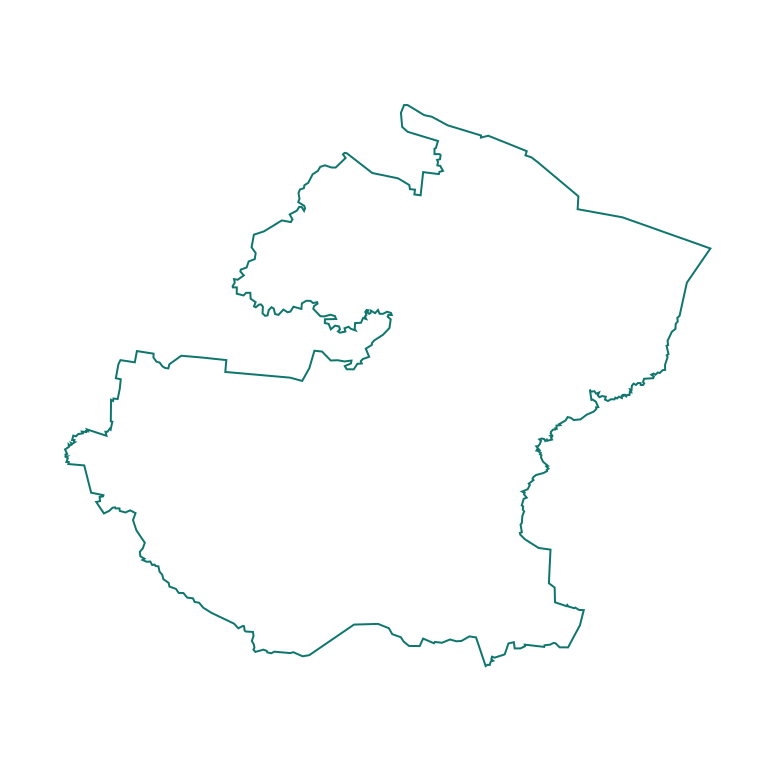 the district of Cotabato, Cotabato, Philippines, rotated 96°
{"feature_id": "2640588B30235147478886", "entity_name": "Cotabato", "entity_type": "district", "adm_level": 2, "iso_a3": "PHL", "parent_name": "Philippines", "parent_adm1": "Cotabato", "projection": "natural_earth1", "projection_center": [124.836, 7.183], "detail": "fine", "context": "isolated", "style": "outline", "palette": "teal", "viewbox_px": 768, "rotation_deg": 96, "n_neighbors": 0, "source": "geoboundaries", "source_scale": "gbopen_adm2", "svg_char_len": 6159}
<svg xmlns="http://www.w3.org/2000/svg" viewBox="0 0 768 768"><g transform="rotate(96 384 384)"><path d="M375.2,153.2L373.4,152.5L374.0,150.8L372.1,149.1L373.1,146.0L370.8,146.3L370.8,144.7L369.8,145.0L369.5,143.2L371.0,141.8L369.4,140.9L369.3,138.7L366.2,138.7L366.4,137.3L363.7,138.7L364.1,137.2L359.9,137.3L357.5,135.8L358.6,133.3L356.5,131.6L356.3,128.9L358.1,128.6L358.0,126.3L356.2,125.3L354.8,126.6L351.6,125.9L350.1,116.9L348.4,116.4L346.8,119.1L345.5,117.0L346.4,115.0L344.0,113.0L344.2,110.9L341.1,108.3L340.6,105.9L335.6,106.5L327.7,104.8L325.9,105.8L324.6,104.2L316.4,107.0L315.6,105.5L311.4,106.5L302.0,103.2L298.7,99.9L293.8,100.2L291.0,98.4L287.6,99.2L285.4,97.2L251.6,93.4L215.1,73.6L193.3,164.3L189.9,209.7L177.0,210.3L147.6,253.9L143.2,261.0L141.8,267.2L137.5,266.4L126.2,306.2L128.8,313.4L126.7,313.5L120.1,347.7L113.2,364.4L112.4,372.2L104.1,389.7L104.5,393.2L112.6,395.5L126.4,392.8L130.7,386.9L136.7,355.7L144.0,357.1L144.7,358.4L150.1,357.8L149.6,352.7L150.5,351.6L154.6,351.8L155.6,354.6L157.5,353.5L161.0,353.8L161.2,350.9L165.9,347.6L167.2,351.0L169.5,351.4L169.2,367.2L192.5,367.3L192.3,373.6L187.5,373.5L187.5,378.6L183.5,379.6L178.0,391.5L175.4,417.7L158.4,445.1L158.3,447.5L160.0,448.8L163.2,445.8L173.8,454.7L174.2,458.8L172.7,465.6L174.7,470.1L178.9,472.0L182.9,476.9L191.9,480.4L194.6,483.9L197.7,484.2L199.3,487.9L203.0,489.0L208.6,487.4L212.1,488.3L215.1,482.0L217.6,480.9L220.2,481.6L216.5,484.5L216.7,486.8L220.7,488.8L225.2,495.5L229.9,492.2L232.7,493.6L232.0,502.7L244.8,519.4L249.1,529.0L261.9,530.0L267.2,525.3L273.3,525.6L276.3,531.4L282.5,532.8L285.2,538.4L287.2,538.6L290.6,534.8L295.6,540.4L295.4,544.1L298.8,543.0L302.6,544.8L303.7,544.4L303.3,540.5L309.6,539.9L310.6,532.9L307.7,530.7L307.3,526.5L313.2,525.5L316.0,520.2L320.4,521.4L321.1,519.5L318.1,516.6L317.7,514.6L319.8,512.5L326.4,512.2L328.6,509.4L328.0,507.0L322.6,506.4L319.4,503.9L320.5,501.6L325.8,499.6L326.3,496.2L320.5,491.8L322.7,487.4L321.8,484.7L316.6,482.1L318.0,474.0L312.4,474.1L309.4,470.0L309.0,465.8L310.9,463.0L309.6,459.1L311.1,458.5L313.7,461.7L316.6,462.2L323.2,454.4L323.1,450.8L320.7,444.4L321.6,439.9L324.4,438.4L325.8,449.5L329.6,449.2L330.0,445.3L335.2,442.6L331.1,438.8L331.5,434.7L334.3,433.5L336.5,435.3L337.6,433.3L335.9,427.9L332.7,429.1L330.8,425.3L332.6,422.7L333.7,417.9L332.4,418.9L326.4,419.1L325.5,413.3L320.5,411.7L321.2,408.5L318.8,410.0L317.2,408.7L314.3,410.2L312.2,409.0L312.3,407.3L314.5,408.2L315.7,406.1L314.9,404.9L312.4,404.7L314.5,400.3L311.0,397.7L314.6,395.7L314.3,392.3L311.8,388.5L312.6,384.5L314.6,383.5L314.8,386.8L316.6,387.4L319.0,384.1L327.7,384.4L335.1,390.1L341.7,398.3L344.6,400.3L346.4,400.2L350.8,405.8L358.5,401.6L361.4,407.7L363.7,409.5L365.9,408.3L366.7,412.6L372.6,415.6L373.2,422.6L370.3,424.9L367.0,419.0L364.1,418.8L365.7,425.7L365.2,432.6L366.2,439.4L358.2,449.0L358.2,456.7L376.0,459.9L389.5,465.7L387.5,478.1L388.6,543.1L376.7,543.3L376.7,568.1L377.1,588.6L386.8,599.5L391.0,600.1L391.0,603.1L389.7,606.1L386.2,609.3L385.5,612.7L381.7,616.1L377.9,616.3L377.1,633.2L388.5,634.1L387.8,648.6L392.1,650.2L406.3,651.3L406.8,646.3L416.5,646.3L426.8,647.3L426.7,651.5L429.2,651.7L428.3,653.8L449.7,651.8L449.9,650.2L457.9,651.1L457.1,652.0L460.4,654.0L460.6,656.0L464.5,654.6L460.2,674.7L462.0,673.6L461.9,675.5L462.9,675.3L462.9,679.5L464.6,678.4L465.7,682.9L468.2,684.8L467.8,687.6L472.3,688.3L472.1,686.0L474.1,686.4L474.2,685.4L476.1,687.8L475.5,689.0L476.9,688.3L478.0,689.9L477.0,691.3L479.6,690.9L482.4,694.4L486.7,691.8L487.4,693.4L489.2,693.0L489.1,691.8L489.8,692.8L490.9,690.7L494.7,691.7L494.5,689.4L496.6,689.6L496.3,673.6L522.7,663.9L523.9,651.4L525.1,651.6L526.0,655.0L530.2,654.2L531.4,657.9L542.0,649.0L538.9,644.0L535.4,641.0L534.8,638.6L535.8,637.9L535.4,634.1L537.8,633.5L538.8,627.8L536.2,623.2L538.4,617.6L545.5,619.4L549.6,617.6L555.5,614.9L566.9,605.3L572.7,606.7L576.4,609.3L580.8,608.3L582.8,604.0L584.2,605.8L585.6,601.4L585.0,597.9L588.3,595.6L587.6,593.2L588.9,592.1L588.9,589.3L594.1,587.6L596.9,584.6L601.2,583.0L604.3,577.4L607.9,576.2L609.5,569.5L613.2,566.4L612.9,561.6L617.0,557.4L617.1,551.6L620.6,549.5L620.8,545.1L625.3,540.5L629.7,531.5L638.0,508.1L642.2,503.3L639.3,499.0L639.6,497.8L643.8,496.9L644.6,495.6L644.3,488.4L648.1,487.4L653.4,488.6L656.5,486.3L659.8,485.3L661.8,486.1L663.9,483.9L660.8,476.2L661.7,472.7L663.1,472.0L663.6,468.1L661.7,465.1L661.4,449.0L660.2,446.2L663.3,436.5L661.5,430.0L626.4,388.7L623.2,364.8L626.4,353.6L631.9,349.7L634.1,340.8L638.1,337.5L641.9,331.8L640.9,321.1L633.1,318.5L636.6,307.2L635.2,306.4L635.3,299.3L631.2,291.7L632.3,285.1L631.5,280.2L626.1,272.7L626.4,266.0L653.9,253.4L652.4,251.7L652.4,249.5L648.7,248.8L647.8,246.5L646.4,248.5L643.9,248.1L644.6,245.4L640.3,235.7L629.0,233.1L627.2,227.9L633.3,226.4L632.7,220.7L630.1,216.4L628.5,216.8L628.7,197.2L627.1,197.1L625.9,191.6L623.7,188.2L624.0,186.2L627.5,181.8L626.7,173.4L603.4,163.9L588.0,161.7L588.3,166.4L586.4,170.4L587.1,171.3L586.0,177.3L584.6,178.6L585.9,179.1L583.2,191.1L568.6,193.0L564.9,199.2L531.3,201.1L530.9,213.1L523.6,227.8L519.5,232.8L517.9,233.3L517.0,231.4L509.5,233.5L507.8,232.4L500.8,232.6L496.1,231.3L494.3,232.9L491.2,232.8L490.4,234.3L483.6,233.1L482.1,230.2L479.1,233.2L477.5,232.7L476.6,235.4L473.6,230.1L469.2,228.4L468.0,229.6L463.9,225.3L462.8,226.4L461.1,225.8L458.7,223.4L455.8,216.0L453.5,212.7L452.4,213.2L451.0,211.6L449.0,214.0L448.3,212.4L444.6,217.8L440.6,220.2L438.3,220.0L437.6,221.6L436.2,220.9L435.1,222.9L434.4,222.5L434.3,225.4L432.8,224.8L432.9,223.1L430.1,226.0L429.6,224.1L427.5,222.8L424.1,221.9L422.8,223.7L421.7,221.2L422.1,218.8L423.8,217.7L422.3,216.3L423.4,215.7L421.7,211.1L420.0,212.2L418.9,211.4L418.1,212.9L417.5,211.5L415.6,213.1L413.8,212.8L411.6,210.9L411.4,209.1L410.2,209.0L410.6,207.6L407.3,208.1L406.5,204.4L405.5,205.5L401.4,199.7L397.7,197.9L398.1,194.7L400.0,191.6L398.6,184.8L393.4,179.3L389.5,172.5L386.6,170.2L385.0,170.6L384.6,168.5L379.4,171.5L377.7,174.8L378.2,176.0L368.0,178.7L370.0,177.3L369.2,174.0L371.5,171.9L370.0,169.3L373.0,170.1L374.6,168.3L373.2,165.9L373.5,162.1L376.4,162.6L377.5,159.5L375.4,156.6L375.2,153.2Z" fill="none" stroke="#0f766e" stroke-width="2"/></g></svg>